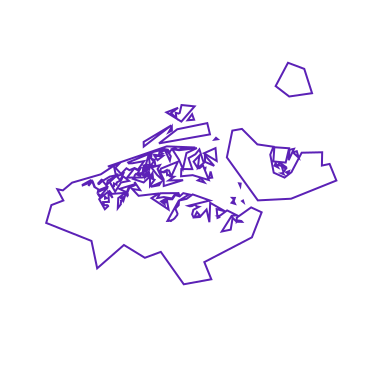 the district of Guayaquil, Guayas, Ecuador, rotated 250°
{"feature_id": "8360857B75288721097085", "entity_name": "Guayaquil", "entity_type": "district", "adm_level": 2, "iso_a3": "ECU", "parent_name": "Ecuador", "parent_adm1": "Guayas", "projection": "natural_earth1", "projection_center": [-80.067, -2.513], "detail": "fine", "context": "isolated", "style": "outline", "palette": "violet", "viewbox_px": 384, "rotation_deg": 250, "n_neighbors": 0, "source": "geoboundaries", "source_scale": "gbopen_adm2", "svg_char_len": 6202}
<svg xmlns="http://www.w3.org/2000/svg" viewBox="0 0 384 384"><g transform="rotate(250 192 192)"><path d="M212.8,44.4L180.4,80.8L152.7,76.8L165.5,109.9L146.3,125.2L146.4,142.2L108.1,152.7L103.4,180.3L121.9,179.6L128.9,232.8L149.1,250.5L157.3,242.3L152.6,225.3L148.9,223.9L149.3,224.7L149.2,226.2L147.8,228.5L146.8,228.9L148.8,223.7L153.9,221.4L143.4,215.5L144.7,206.5L156.1,221.2L154.8,226.2L162.7,218.7L160.2,210.2L160.5,208.1L159.6,209.1L159.0,209.1L158.9,207.1L167.5,209.3L162.4,216.6L175.6,205.4L157.7,198.0L170.6,199.7L165.8,190.9L167.5,184.8L171.0,184.5L174.8,187.2L175.7,193.4L176.5,192.0L179.4,189.8L178.8,187.8L178.9,186.6L179.3,185.1L180.3,183.8L177.9,205.9L189.5,191.8L187.4,184.6L188.4,176.9L184.2,175.0L182.1,170.7L176.7,171.0L175.5,170.3L173.3,166.8L172.6,165.0L172.6,163.7L172.0,162.7L172.0,162.1L172.8,161.6L172.7,160.5L173.2,159.0L188.3,176.5L190.7,188.4L193.9,183.4L192.1,178.9L194.9,175.2L191.9,171.0L193.9,165.8L183.5,164.0L200.1,151.8L201.9,160.6L206.7,140.5L215.3,136.8L211.5,143.9L221.1,141.5L218.0,141.3L217.4,134.5L213.2,130.8L212.2,131.0L210.7,130.5L210.4,129.9L213.7,129.6L207.8,125.0L210.7,125.3L210.6,124.8L211.2,123.8L211.1,123.2L210.6,123.2L210.3,124.1L209.7,124.4L207.5,123.1L207.3,122.8L207.8,122.2L206.9,122.0L205.8,121.3L206.0,120.4L205.7,120.8L204.8,120.9L202.1,116.7L211.5,120.6L214.0,129.0L217.7,115.9L222.0,114.5L213.6,115.4L220.2,113.3L211.1,110.5L212.9,105.1L209.6,105.0L208.7,107.8L207.9,108.4L207.4,108.4L205.6,104.2L217.0,102.3L220.8,113.0L217.9,103.9L222.7,102.8L219.8,104.9L225.0,114.3L224.1,103.4L226.5,104.9L230.1,102.0L236.3,101.9L233.1,96.8L235.7,99.0L235.6,91.6L236.2,91.7L237.7,100.8L236.0,102.3L229.7,102.4L225.7,105.5L225.9,114.4L233.2,111.7L231.3,107.6L231.3,107.1L231.7,106.8L232.3,106.9L234.5,111.2L233.2,112.7L234.6,120.0L233.7,126.2L243.4,127.5L239.8,112.4L241.8,82.5L237.7,71.2L240.7,66.4L228.0,68.2L227.8,55.4L212.8,44.4ZM212.6,236.6L161.6,251.0L151.8,282.8L153.4,331.6L171.3,330.9L172.4,323.1L184.8,327.9L191.4,308.5L176.6,292.2L173.9,283.9L182.2,275.4L200.3,278.3L206.7,284.0L214.4,269.7L234.2,260.5L235.9,250.9L212.6,236.6ZM248.5,316.0L243.8,338.6L269.3,339.6L280.6,326.4L262.9,306.8L248.5,316.0ZM243.5,183.9L244.7,121.6L243.2,132.8L241.0,128.3L233.3,131.5L236.7,138.5L233.9,140.7L234.2,146.2L231.5,148.8L237.4,157.5L239.4,145.8L240.5,142.4L241.6,142.1L242.5,165.6L237.1,164.8L243.0,167.7L241.8,180.8L240.0,183.8L236.2,184.1L237.8,185.2L239.1,188.1L239.2,188.9L238.2,191.7L236.5,193.2L236.1,200.5L232.7,210.3L243.5,183.9ZM251.5,229.9L256.0,199.6L249.0,177.6L240.0,228.6L251.5,229.9ZM217.2,189.8L210.5,187.1L207.6,198.4L197.5,211.9L213.3,211.4L211.8,207.3L212.3,205.6L220.0,203.9L223.7,211.3L212.6,205.7L215.3,213.0L229.5,213.5L226.3,208.1L225.0,200.3L213.4,200.1L217.2,189.8ZM275.6,195.2L261.8,206.1L271.6,223.7L277.3,211.9L270.5,207.5L270.3,206.1L272.0,203.8L266.7,202.6L273.4,199.3L275.9,207.7L275.6,195.2ZM238.9,188.1L226.9,190.8L216.8,191.3L230.5,200.1L231.6,211.6L235.7,194.1L238.9,188.1ZM192.9,278.9L187.6,290.1L199.9,298.2L205.9,284.7L192.9,278.9ZM261.7,195.4L255.6,163.7L251.2,162.2L261.7,195.4ZM213.7,169.7L207.3,167.5L206.2,187.7L210.8,174.0L212.5,180.3L214.1,176.9L216.3,175.5L216.3,174.4L220.9,175.5L220.1,173.7L220.0,172.4L222.0,168.7L213.7,169.7ZM229.3,118.1L218.6,119.9L225.2,128.5L224.0,136.6L230.4,132.6L227.4,129.6L226.7,124.5L224.7,123.6L226.7,121.6L224.1,120.7L223.7,119.4L229.3,118.1ZM225.3,189.1L224.6,170.9L222.8,169.0L220.6,171.5L221.2,175.5L220.1,177.7L213.8,177.9L225.3,189.1ZM225.2,229.1L224.3,216.5L212.7,225.8L225.2,229.1ZM220.0,165.0L213.0,168.6L225.3,167.5L228.2,171.0L228.9,162.3L220.0,165.0ZM195.6,178.9L201.7,161.7L198.2,157.3L196.9,163.8L192.8,171.0L195.5,174.9L193.0,178.9L195.6,178.9ZM233.9,145.9L227.7,135.9L225.4,142.6L227.2,143.8L228.1,145.3L226.5,147.0L227.9,147.0L231.6,151.4L231.4,148.1L233.9,145.9ZM219.7,124.9L214.0,130.5L218.2,134.3L218.9,141.1L219.7,124.9ZM233.7,170.5L235.8,177.1L238.3,169.9L239.9,168.8L233.7,170.5ZM215.8,214.6L209.0,221.8L222.0,216.6L215.8,214.6ZM222.8,149.7L225.1,143.2L224.4,141.2L217.5,149.8L220.2,156.1L222.8,156.4L221.9,153.1L222.8,149.7ZM219.8,157.4L212.1,154.6L216.3,161.0L219.8,157.4ZM239.9,182.6L240.9,176.4L240.1,180.9L229.1,181.9L232.9,184.3L239.9,182.6ZM194.7,300.4L187.7,304.0L194.5,304.4L194.7,300.4ZM231.5,116.6L228.0,114.4L232.9,126.3L231.5,116.6ZM198.3,298.1L188.8,293.7L197.7,302.6L198.3,298.1ZM204.9,216.5L199.3,212.8L198.6,215.9L204.9,216.5ZM259.2,218.7L265.1,218.7L260.9,212.4L259.2,218.7ZM241.7,163.9L233.6,158.1L231.5,161.6L241.7,163.9ZM232.4,126.7L227.6,128.6L232.7,133.7L232.4,126.7ZM182.6,289.3L189.4,284.5L188.1,282.0L182.6,289.3ZM171.5,189.8L167.5,185.6L167.0,191.5L171.5,189.8ZM184.5,285.1L179.5,284.7L182.0,288.6L184.5,285.1ZM221.4,158.0L225.8,158.4L225.1,157.3L224.8,155.1L221.4,158.0ZM229.7,158.7L226.8,153.1L222.2,152.7L229.7,158.7ZM201.8,205.2L200.9,201.4L196.7,206.9L201.8,205.2ZM234.4,167.6L230.8,162.0L229.1,166.6L234.4,167.6ZM194.6,165.6L193.7,159.7L190.0,162.0L192.8,162.4L194.6,165.6ZM211.8,166.2L211.0,155.0L209.6,163.4L211.8,166.2ZM256.6,194.1L260.1,195.3L256.1,190.5L256.6,194.1ZM241.2,175.5L237.9,173.4L238.0,177.7L241.2,175.5ZM188.5,278.6L185.7,281.2L190.6,280.5L188.5,278.6ZM169.7,227.9L168.3,225.5L166.2,228.3L169.7,227.9ZM232.0,154.6L228.8,153.2L229.2,154.8L232.0,154.6ZM219.5,160.4L223.3,161.3L221.3,158.9L219.5,160.4ZM170.2,228.9L171.8,230.2L172.7,227.8L170.2,228.9ZM227.9,152.4L225.7,150.6L224.7,151.7L227.9,152.4ZM230.3,161.4L230.9,158.1L230.4,159.2L227.5,159.2L230.3,161.4ZM227.8,147.6L225.3,149.0L227.2,150.3L227.8,147.6ZM238.2,172.5L239.8,169.5L238.5,170.1L238.2,172.5ZM181.0,239.4L183.3,240.6L184.0,239.2L181.0,239.4ZM232.8,234.2L234.7,233.1L233.5,231.0L232.8,234.2ZM232.6,127.7L234.8,128.3L232.9,126.8L232.6,127.7ZM178.4,290.2L178.3,287.3L176.5,288.5L178.4,290.2ZM230.8,157.6L232.0,155.5L229.7,155.5L230.8,157.6ZM235.4,167.3L237.1,165.3L235.3,165.8L235.4,167.3ZM215.4,109.8L217.3,108.7L215.5,108.0L215.4,109.8ZM191.3,164.1L193.0,163.1L191.2,162.7L191.3,164.1ZM177.4,284.2L178.7,283.9L179.0,282.5L177.4,284.2ZM208.6,212.1L210.1,212.9L210.1,212.2L208.6,212.1ZM231.7,157.8L233.4,157.8L233.4,156.3L231.7,157.8ZM164.8,236.9L166.5,237.0L166.3,236.0L164.8,236.9Z" fill="none" stroke="#5b21b6" stroke-width="2"/></g></svg>